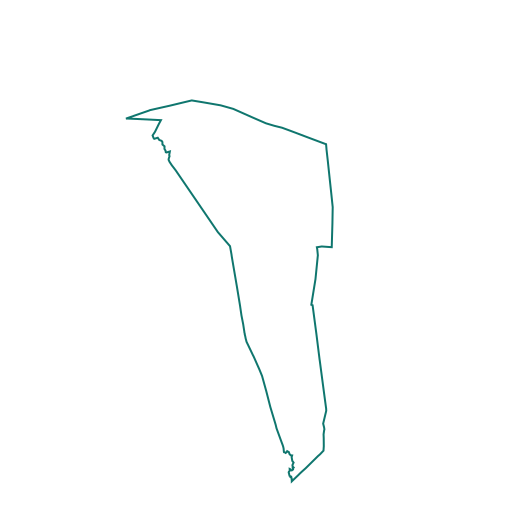 San Andrés Nuxiño, Oaxaca, Mexico, rotated 47°
{"feature_id": "50627088B2434012555400", "entity_name": "San Andrés Nuxiño", "entity_type": "district", "adm_level": 2, "iso_a3": "MEX", "parent_name": "Mexico", "parent_adm1": "Oaxaca", "projection": "orthographic", "projection_center": [-97.045, 17.229], "detail": "fine", "context": "isolated", "style": "outline", "palette": "teal", "viewbox_px": 512, "rotation_deg": 47, "n_neighbors": 0, "source": "geoboundaries", "source_scale": "gbopen_adm2", "svg_char_len": 2127}
<svg xmlns="http://www.w3.org/2000/svg" viewBox="0 0 512 512"><g transform="rotate(47 256 256)"><path d="M222.0,128.5L221.3,128.9L203.0,138.0L188.0,145.4L179.9,149.5L173.3,153.8L165.8,158.2L152.2,164.1L132.9,172.3L121.7,179.1L107.6,189.8L98.4,196.9L93.4,205.7L87.3,216.5L82.9,224.0L77.0,234.1L76.7,235.0L72.8,243.8L67.3,256.3L66.8,257.4L67.6,256.5L68.6,255.5L74.3,249.9L82.5,241.9L91.8,232.9L93.3,237.3L96.3,245.2L97.3,249.4L99.7,250.4L100.9,250.5L102.5,247.2L105.2,247.6L107.4,246.5L108.8,246.7L110.7,248.4L113.4,248.1L115.2,249.9L117.2,250.3L118.6,251.2L119.2,250.9L120.8,247.7L123.0,250.7L124.0,251.1L125.2,253.3L126.0,254.3L128.1,255.0L132.2,255.7L138.4,256.3L212.5,267.6L231.1,268.3L238.2,272.9L239.6,273.9L244.9,277.4L265.9,291.2L281.5,301.6L289.6,307.2L297.3,312.0L303.6,316.3L303.8,316.5L305.4,317.4L305.8,317.8L306.1,317.9L307.3,318.6L308.0,319.0L308.3,319.2L309.4,319.9L310.6,320.5L312.2,321.4L320.5,324.0L326.5,325.9L327.7,326.2L327.9,326.3L328.6,326.5L337.2,329.5L341.0,330.8L347.9,333.4L362.1,340.8L376.2,348.5L391.2,355.9L392.4,356.5L393.0,356.8L396.0,358.5L404.5,362.1L409.7,364.3L412.6,365.5L413.9,366.1L415.6,367.1L417.9,368.9L418.6,369.3L419.4,368.7L420.2,368.7L420.3,368.3L420.4,367.3L420.0,366.3L421.8,365.7L423.8,366.6L425.5,366.5L426.5,365.6L427.4,367.1L430.6,369.2L432.7,369.4L433.8,372.0L435.2,372.8L436.4,372.7L436.5,373.2L436.0,373.6L437.4,374.5L437.2,376.1L436.1,376.7L435.5,376.3L434.7,376.6L435.9,377.6L436.2,378.2L436.2,379.1L436.8,379.9L437.5,380.1L438.2,380.6L439.7,381.4L441.2,380.8L441.5,381.6L442.3,381.3L442.6,381.4L443.1,381.6L443.7,382.3L444.2,382.6L445.2,383.5L445.1,374.6L445.0,372.2L445.0,369.3L445.1,364.4L444.6,347.0L444.7,344.5L444.4,339.4L441.4,336.2L435.4,330.7L432.5,328.2L430.3,325.5L429.4,324.2L427.8,323.1L424.4,321.2L417.1,310.2L415.6,308.9L402.5,299.6L378.5,282.5L375.7,280.5L375.5,280.4L354.2,265.0L330.6,248.2L329.4,248.8L313.5,228.3L298.2,210.9L297.7,210.3L292.7,206.5L291.1,205.5L293.9,201.4L301.2,194.6L300.6,194.0L284.5,178.1L272.6,166.6L262.0,158.6L248.8,148.7L235.5,138.7L225.8,131.5L225.6,131.3L222.0,128.5Z" fill="none" stroke="#0f766e" stroke-width="2"/></g></svg>